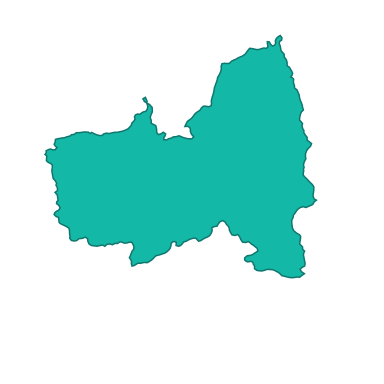 Peçanha, Minas Gerais, Brazil (Albers equal-area conic projection), rotated 250°
{"feature_id": "56859067B17789026989145", "entity_name": "Peçanha", "entity_type": "district", "adm_level": 2, "iso_a3": "BRA", "parent_name": "Brazil", "parent_adm1": "Minas Gerais", "projection": "albers", "projection_center": [-42.509, -18.539], "detail": "fine", "context": "isolated", "style": "filled", "palette": "teal", "viewbox_px": 384, "rotation_deg": 250, "n_neighbors": 0, "source": "geoboundaries", "source_scale": "gbopen_adm2", "svg_char_len": 5534}
<svg xmlns="http://www.w3.org/2000/svg" viewBox="0 0 384 384"><g transform="rotate(250 192 192)"><path d="M98.5,224.5L96.1,226.2L94.9,228.4L93.9,230.6L93.6,233.5L93.6,236.2L92.6,238.5L91.6,240.7L90.4,242.6L88.7,243.9L87.1,245.5L85.0,246.8L82.6,247.8L81.6,249.5L80.1,251.6L78.5,254.1L77.4,256.2L76.7,258.6L76.2,261.5L75.1,264.0L76.1,267.1L76.8,269.7L79.8,267.5L82.5,267.2L83.5,269.7L83.9,272.6L86.4,273.9L89.3,274.3L91.6,274.7L94.4,275.1L96.3,276.0L97.9,277.6L100.2,276.4L102.8,277.1L104.5,276.2L106.3,275.4L108.6,276.6L110.9,277.9L113.1,278.9L115.1,278.4L117.5,276.3L120.7,274.4L124.0,274.1L125.9,274.5L128.2,275.0L131.3,276.0L133.5,278.3L135.8,279.6L136.8,281.5L138.3,283.4L139.7,285.8L140.4,288.7L140.1,291.7L138.5,293.6L138.6,296.2L138.8,298.9L139.0,301.3L140.8,303.2L141.8,306.1L143.7,304.4L147.0,304.4L149.3,305.6L151.9,307.0L155.1,308.2L157.7,307.7L159.6,306.8L161.4,305.9L163.3,305.1L165.2,304.3L167.6,303.1L170.0,302.3L172.0,303.2L173.5,304.2L175.3,304.5L176.8,305.8L179.2,305.9L181.4,307.4L183.1,309.0L184.3,310.4L186.4,310.7L188.9,311.6L191.7,313.9L193.2,316.2L194.4,319.0L196.6,320.9L199.1,319.4L201.3,317.9L204.0,318.9L207.0,317.9L209.7,317.4L211.5,318.2L213.8,317.7L216.5,318.0L218.6,319.3L220.9,318.5L222.8,317.6L225.7,319.0L228.1,320.6L229.9,322.3L230.9,324.7L233.6,324.9L236.4,325.3L238.4,325.3L241.1,325.1L243.7,325.3L246.7,325.9L249.7,325.7L252.3,325.5L254.7,323.9L257.0,324.7L258.8,324.6L260.8,324.9L263.2,326.1L265.0,325.4L266.4,324.0L267.6,326.1L269.3,327.2L271.5,327.0L274.2,326.5L275.9,326.2L278.1,324.6L281.3,325.7L284.2,325.9L287.1,324.9L290.2,325.7L292.2,324.8L294.5,324.0L296.9,324.5L299.0,324.8L301.8,324.8L303.5,325.8L304.1,328.2L306.2,329.3L308.9,328.4L308.4,326.0L307.4,323.7L305.5,322.0L303.0,321.4L301.7,319.8L301.6,317.5L304.3,316.3L306.6,316.0L307.5,314.2L305.7,313.6L303.9,313.4L302.1,312.6L301.6,310.7L302.7,308.9L303.0,306.3L303.0,303.7L303.8,301.3L304.9,299.6L306.1,297.8L307.3,295.3L306.2,293.4L305.1,291.7L303.4,289.2L302.5,286.0L302.4,282.9L302.2,280.8L301.7,278.7L301.7,276.5L301.4,274.0L300.1,271.0L300.9,268.4L301.8,266.7L302.3,264.0L300.1,262.3L297.7,261.7L295.3,260.1L293.0,257.9L290.9,255.3L288.4,253.8L286.1,251.9L284.3,250.4L282.4,248.8L280.2,247.6L278.1,246.4L276.1,244.9L274.6,243.7L272.6,242.3L270.8,241.2L268.7,240.7L266.5,239.5L266.4,236.8L268.1,234.0L268.7,231.9L267.7,229.5L266.0,227.2L265.5,224.6L264.6,221.7L262.9,219.3L261.3,216.6L260.6,214.2L260.0,211.9L257.8,209.5L256.0,207.7L255.2,210.4L253.4,211.9L251.3,211.9L249.6,211.2L246.5,211.2L243.4,212.5L242.0,210.0L243.3,206.6L244.9,204.2L246.4,202.1L248.1,200.4L249.3,198.9L249.4,196.2L250.2,193.1L249.7,190.6L250.1,188.5L249.6,186.0L250.8,183.4L252.7,184.1L253.8,185.8L255.7,187.1L258.0,185.4L257.3,183.0L257.4,180.1L259.8,179.2L262.4,180.0L264.7,180.5L266.8,180.6L268.5,179.1L270.4,177.2L273.4,178.2L276.3,178.2L278.8,180.1L280.7,182.0L282.5,182.7L285.3,183.5L286.9,182.7L288.7,182.1L291.0,179.9L287.7,179.8L285.5,178.6L283.6,176.4L283.9,173.4L283.4,171.2L282.8,169.4L283.9,167.7L283.8,165.3L282.3,163.6L280.1,163.5L278.6,161.8L277.5,159.3L275.4,157.6L274.3,155.6L273.3,153.7L272.9,150.7L272.9,147.7L273.3,144.8L273.6,142.2L274.4,140.3L274.9,137.6L275.3,133.9L276.6,131.7L276.8,128.9L275.9,126.9L276.6,124.6L278.1,122.3L280.4,119.8L282.3,118.2L281.8,116.2L283.6,115.2L284.9,112.3L285.7,109.6L286.1,106.9L287.3,103.6L286.4,100.9L287.1,98.5L286.3,96.2L286.7,93.6L286.6,90.5L287.3,88.2L287.5,86.2L288.0,84.2L288.1,81.6L285.8,80.6L284.0,78.8L282.0,79.2L280.1,80.4L278.5,77.9L279.1,75.7L280.6,74.1L281.0,71.9L280.6,69.0L278.7,68.5L277.6,66.7L275.5,67.9L273.3,66.8L271.2,65.9L268.9,67.1L267.1,69.0L265.1,69.9L262.9,69.2L260.6,67.8L257.6,67.1L254.6,66.6L252.0,66.2L249.6,67.3L246.6,67.8L244.9,66.5L242.4,67.0L239.3,66.1L238.5,63.2L235.4,64.4L232.5,63.8L229.8,63.3L229.1,61.6L227.4,60.7L225.3,62.2L222.2,62.7L220.4,60.3L220.3,58.0L219.5,56.1L218.1,54.7L215.3,56.0L213.8,57.9L211.6,57.4L208.7,56.7L206.7,58.0L204.7,60.1L202.3,62.3L200.3,63.9L197.7,63.7L194.7,62.7L191.9,62.1L190.2,61.3L187.7,62.1L186.3,64.4L185.8,67.0L186.8,69.8L185.9,73.2L186.1,76.1L184.0,77.9L181.4,77.3L178.3,77.5L176.2,79.1L175.0,81.3L173.5,84.4L173.1,87.6L172.8,89.8L170.8,91.5L171.9,94.3L171.3,96.8L169.6,99.3L170.1,101.9L169.1,104.3L169.8,107.4L168.7,109.2L167.2,110.7L166.4,113.1L166.3,115.4L165.5,118.1L163.3,118.6L160.9,118.8L158.4,117.9L156.8,115.4L154.9,113.7L153.1,112.2L151.7,110.7L149.9,111.2L147.6,111.5L145.5,110.5L142.9,110.3L142.7,112.3L143.0,114.1L143.6,116.9L142.6,119.2L142.4,121.2L142.1,123.2L140.9,125.7L141.2,127.7L141.8,130.6L143.2,133.7L144.4,136.1L144.2,138.2L144.0,140.4L143.9,143.8L143.9,146.1L144.4,148.0L145.3,150.1L146.5,152.1L148.6,153.8L150.6,154.7L151.7,156.4L151.5,158.6L150.0,160.0L147.2,158.7L145.6,160.8L145.6,163.0L146.6,165.1L147.9,167.1L147.7,169.7L148.2,172.4L148.3,175.0L148.1,177.8L147.2,179.8L145.4,180.6L143.5,181.3L143.3,183.6L143.8,185.7L144.3,187.9L144.4,191.0L144.9,193.6L146.5,195.8L148.7,197.7L151.6,198.4L151.9,201.0L151.3,203.8L153.2,206.0L154.5,208.2L154.6,211.1L152.3,212.9L149.5,213.4L147.4,214.4L145.4,214.6L143.3,214.1L140.9,214.3L138.0,214.9L136.4,217.6L136.4,220.5L133.6,221.4L130.7,221.6L127.6,222.3L126.1,225.4L126.2,227.9L124.3,229.3L122.3,230.3L120.8,231.6L119.1,232.5L116.9,234.0L114.0,233.7L113.2,230.1L112.4,227.2L112.6,224.7L113.2,221.9L112.1,219.0L110.1,218.2L108.4,219.2L107.2,220.6L106.7,223.7L105.1,225.1L102.9,224.9L101.2,225.5L98.5,224.5ZM296.4,177.8L293.4,178.2L291.0,179.9L292.8,180.9L294.9,180.7L296.9,180.6L296.4,177.8Z" fill="#14b8a6" stroke="#0f766e" stroke-width="1.5"/></g></svg>